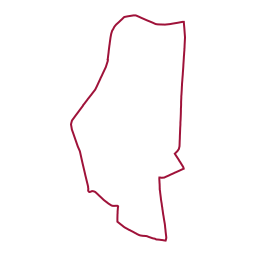 Ath Thawrah, Amanat Al Asimah, Yemen
{"feature_id": "15242507B17333153268862", "entity_name": "Ath Thawrah", "entity_type": "district", "adm_level": 2, "iso_a3": "YEM", "parent_name": "Yemen", "parent_adm1": "Amanat Al Asimah", "projection": "equal_earth", "projection_center": [44.198, 15.391], "detail": "fine", "context": "isolated", "style": "outline", "palette": "rose", "viewbox_px": 256, "rotation_deg": 0, "n_neighbors": 0, "source": "geoboundaries", "source_scale": "gbopen_adm2", "svg_char_len": 3938}
<svg xmlns="http://www.w3.org/2000/svg" viewBox="0 0 256 256"><path d="M166.3,237.9L166.2,236.6L165.6,231.6L165.5,230.3L165.1,226.9L165.1,226.5L164.9,224.7L164.7,223.3L164.6,222.8L164.1,219.9L163.7,217.4L163.5,216.0L163.2,214.6L163.2,214.3L163.0,213.1L162.6,210.1L162.4,209.1L162.3,207.9L162.0,206.3L161.6,203.1L161.5,202.7L160.9,199.0L160.9,198.5L160.3,193.7L160.2,193.0L160.0,190.8L159.9,190.5L159.7,189.2L159.8,188.8L159.7,188.5L159.7,187.0L159.6,183.7L159.5,183.1L159.5,182.4L159.3,178.6L159.4,178.1L159.4,177.5L160.2,177.5L161.2,177.7L161.9,177.8L162.5,177.7L163.7,177.6L164.0,177.6L164.4,177.5L165.6,176.9L168.8,175.5L170.8,174.5L171.1,174.4L172.7,173.7L174.2,173.0L174.5,172.8L176.2,172.1L179.3,170.7L183.2,168.9L183.7,168.7L183.5,167.8L183.1,166.8L182.6,166.0L182.1,165.2L180.8,163.1L180.4,162.4L179.3,160.8L179.0,160.2L178.0,158.6L175.8,155.3L174.8,153.7L175.1,153.4L176.1,152.4L177.5,151.0L178.1,150.1L178.9,148.9L179.2,147.5L179.4,146.7L179.5,146.3L179.6,143.9L179.7,140.7L179.8,139.0L179.9,135.4L180.0,133.3L180.2,127.9L180.4,124.8L180.4,124.1L180.4,122.6L180.6,119.5L180.8,114.7L180.9,111.0L180.9,109.3L180.9,108.8L181.0,107.4L181.1,104.8L181.1,104.2L181.1,103.2L181.1,101.9L181.3,97.7L181.3,96.3L181.5,94.1L181.5,93.9L181.7,90.6L181.9,86.3L182.0,85.2L182.0,84.1L182.3,80.5L182.4,79.0L182.8,74.0L182.8,73.5L183.1,69.5L183.2,68.1L183.3,66.6L183.4,64.4L183.5,63.1L183.8,58.4L183.9,56.5L184.1,54.1L184.1,53.8L184.2,52.3L184.4,50.1L184.4,48.5L184.5,48.3L184.6,45.3L185.0,37.4L184.3,27.8L184.2,26.7L184.0,24.5L183.8,21.9L183.4,21.9L182.4,21.9L179.7,22.4L177.6,22.8L173.9,23.4L172.1,23.7L170.5,24.0L169.9,24.1L165.0,24.6L164.9,24.6L161.7,24.5L158.2,24.4L157.8,24.3L157.2,24.3L156.7,24.2L155.9,24.1L155.3,23.9L152.5,22.6L149.6,21.4L147.1,20.4L141.2,17.8L139.5,17.0L138.6,16.6L138.1,16.4L137.9,16.3L137.0,15.9L136.0,15.5L135.5,15.4L134.9,15.4L133.5,15.4L130.4,15.9L127.3,16.4L124.3,17.0L123.7,17.5L122.6,18.6L121.7,19.5L121.1,20.0L118.9,22.1L116.1,24.6L114.4,26.7L112.9,29.6L112.6,30.0L112.2,30.6L111.2,33.8L110.5,37.6L109.8,42.6L109.6,44.4L109.5,44.8L108.7,51.1L108.6,52.3L108.1,56.2L107.9,58.0L107.7,59.3L107.6,59.6L107.9,59.8L107.8,60.7L107.7,61.2L106.6,64.6L106.3,65.6L106.1,66.1L105.9,66.9L102.6,73.9L101.9,75.5L100.4,78.5L100.3,78.9L99.3,81.0L96.7,86.6L96.2,87.6L95.8,88.4L95.6,88.8L95.3,89.5L94.6,90.4L91.8,94.0L91.4,94.6L90.4,95.8L88.6,98.1L88.0,98.8L87.1,100.1L86.0,101.5L84.5,103.5L83.1,105.2L83.1,105.5L79.0,111.0L78.2,112.1L77.0,113.7L75.7,115.4L74.4,117.2L73.9,117.9L73.7,118.2L73.3,118.7L72.4,119.9L71.9,120.7L71.8,121.2L71.5,122.2L71.0,124.4L71.9,129.6L73.2,133.2L73.4,133.8L77.8,146.5L79.6,150.6L79.9,151.4L80.6,154.5L81.3,157.7L82.4,162.6L82.7,163.9L84.3,170.7L84.7,172.4L85.4,175.5L85.9,177.5L87.1,182.5L87.6,184.5L88.1,186.7L88.1,187.6L88.3,188.5L88.3,189.0L88.2,189.8L88.2,190.7L88.4,191.1L89.1,191.9L89.7,192.0L90.0,191.9L91.4,191.4L91.7,191.2L91.9,191.2L92.4,191.1L93.9,191.4L95.3,192.0L97.8,194.3L98.0,194.5L98.7,195.2L101.4,197.7L103.8,200.0L108.5,203.6L111.5,205.5L113.0,205.9L113.4,205.9L113.8,205.9L115.9,205.8L116.4,205.8L117.0,205.8L117.4,205.8L117.9,206.1L118.1,206.3L118.1,206.7L117.9,207.6L117.8,209.1L117.6,211.4L117.6,213.3L117.5,214.0L117.4,218.5L117.4,221.7L120.4,224.1L120.9,224.5L121.7,225.1L123.3,226.4L123.5,226.6L124.1,227.0L125.3,227.8L126.3,228.3L127.2,228.8L129.3,230.0L129.6,230.0L130.4,230.5L132.0,231.3L132.8,231.7L135.3,233.1L136.5,233.7L136.9,234.0L137.5,234.3L138.2,234.6L138.7,234.9L139.1,235.0L139.5,235.2L140.2,235.4L140.6,235.5L142.7,235.8L143.3,235.9L143.9,235.9L144.4,235.9L145.2,236.0L145.8,236.0L146.5,236.1L147.0,236.2L147.2,236.3L148.7,236.9L149.2,237.1L149.9,237.3L151.0,237.7L151.9,238.0L152.1,238.1L153.1,238.4L153.7,238.5L154.4,238.6L154.8,238.7L155.1,238.8L155.4,239.0L155.9,239.3L156.4,239.4L156.7,239.5L157.3,239.5L158.5,239.6L160.3,239.8L160.7,239.9L162.6,240.1L164.0,240.4L165.6,240.6L165.8,240.0L166.3,237.9Z" fill="none" stroke="#9f1239" stroke-width="2"/></svg>